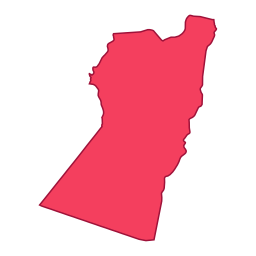 the Province of Nimroz
{"feature_id": "AFG-1751", "entity_name": "Nimroz", "entity_type": "Province", "adm_level": 1, "iso_a3": "AFG", "parent_name": "Afghanistan", "parent_adm1": "", "projection": "natural_earth1", "projection_center": [62.416, 30.83], "detail": "fine", "context": "isolated", "style": "filled", "palette": "rose", "viewbox_px": 256, "rotation_deg": 0, "n_neighbors": 0, "source": "natural_earth", "source_scale": "10m", "svg_char_len": 3250}
<svg xmlns="http://www.w3.org/2000/svg" viewBox="0 0 256 256"><path d="M39.6,205.0L43.4,200.3L48.3,194.2L58.4,181.5L63.8,174.8L67.5,170.1L74.6,161.3L79.9,154.6L87.3,145.1L95.6,134.7L100.9,127.9L102.0,126.7L101.9,126.3L101.8,126.2L101.9,124.7L102.1,124.2L102.4,124.0L102.2,118.5L101.9,117.6L103.2,115.0L103.6,113.4L103.6,111.8L103.3,110.2L102.5,107.7L101.4,105.1L101.2,104.3L101.1,102.0L100.6,100.2L98.9,97.2L98.2,95.6L98.2,94.0L98.7,90.6L98.2,89.2L95.9,86.1L94.6,85.0L93.0,84.3L89.4,83.8L89.7,83.1L90.3,81.5L90.8,80.8L90.8,80.2L90.7,79.7L90.5,79.1L90.6,78.7L90.9,78.0L90.9,77.7L91.0,77.4L90.9,77.3L90.8,77.2L90.7,77.1L90.3,76.7L89.9,76.1L89.4,74.5L89.3,73.9L89.4,73.6L89.5,73.6L89.8,73.9L90.0,74.2L90.2,74.8L90.3,74.8L90.6,74.5L90.7,74.3L90.9,74.3L91.0,74.4L91.0,74.5L91.3,74.9L91.4,75.0L91.9,75.0L92.5,74.7L93.5,73.7L93.8,73.0L93.9,72.2L93.8,71.7L93.6,71.3L93.2,70.6L93.1,70.4L92.9,69.3L92.9,68.2L93.0,67.6L93.3,67.2L93.6,67.1L94.0,67.1L95.7,67.2L96.5,66.9L97.1,66.6L99.2,63.7L102.1,57.8L103.7,56.0L104.7,55.1L106.7,52.8L107.6,51.7L108.0,50.8L108.1,50.4L108.1,50.0L108.1,49.5L107.9,48.2L107.4,46.5L107.4,46.1L107.5,45.6L107.7,44.6L108.2,43.9L108.8,43.4L112.8,41.2L113.7,40.3L114.0,39.7L114.0,39.0L113.6,37.1L113.5,35.9L113.2,35.4L113.2,35.0L113.2,34.7L113.3,34.4L113.3,34.2L113.6,33.7L140.5,31.9L147.7,29.7L148.5,29.7L149.8,29.7L151.9,30.1L152.7,30.4L153.4,30.7L153.8,31.1L156.6,34.4L161.5,40.1L162.1,40.5L163.0,40.9L164.3,40.0L164.8,39.7L170.7,37.3L171.3,37.2L174.9,37.2L178.4,36.2L179.4,35.7L181.8,34.0L183.0,32.8L183.9,31.7L184.5,30.7L184.9,29.9L185.2,29.0L185.3,28.1L185.4,22.2L185.6,21.3L186.2,19.5L186.6,18.6L187.2,17.7L188.6,16.1L189.2,15.7L189.8,15.4L190.2,15.4L190.6,15.4L193.6,16.2L200.2,16.6L212.3,19.6L213.8,19.6L214.1,22.3L214.4,23.5L214.4,24.2L214.4,24.6L214.5,24.9L215.0,25.7L215.2,26.1L215.2,26.5L215.2,26.9L215.3,27.3L215.5,27.6L216.4,28.6L216.4,29.1L216.2,29.7L215.2,30.9L214.3,32.0L214.1,32.3L214.1,33.0L214.6,34.8L214.5,35.7L214.1,36.8L211.8,41.8L210.8,43.4L210.1,44.2L207.4,46.5L206.0,50.8L202.6,76.5L202.5,84.9L201.8,86.3L200.4,88.2L200.2,89.5L201.1,92.4L201.9,93.7L202.2,94.2L202.4,94.8L202.4,95.7L202.1,102.7L202.1,103.4L202.0,104.6L200.8,106.2L199.4,106.7L198.7,107.2L198.2,107.9L195.6,113.4L194.9,114.9L194.4,115.7L193.2,116.8L192.4,117.4L189.9,118.6L189.0,119.6L189.2,122.5L189.3,127.9L189.9,131.7L189.9,132.5L189.7,133.0L189.2,133.5L188.0,134.2L187.3,134.7L186.7,135.4L184.5,138.5L183.9,139.1L183.5,139.8L183.5,140.4L183.9,141.2L184.4,141.7L185.3,142.3L185.4,142.7L185.3,143.1L183.8,145.5L183.9,146.9L184.1,147.4L184.5,148.1L185.4,149.2L185.7,149.8L186.0,150.4L186.2,151.0L186.1,151.8L185.8,152.7L184.8,153.8L181.4,156.4L180.5,157.6L179.8,159.1L179.0,161.5L177.4,164.8L174.6,169.3L172.7,171.9L170.0,174.6L167.8,176.0L167.3,176.1L166.6,176.2L166.0,176.4L165.5,176.6L165.1,177.0L164.7,177.5L164.5,178.3L164.6,182.3L164.2,188.0L163.9,189.1L163.5,190.1L161.8,192.5L161.5,193.2L161.5,193.9L161.8,197.6L161.7,201.1L154.0,239.8L145.9,240.6L139.2,239.3L133.0,237.2L127.5,235.3L122.1,233.5L116.7,231.6L111.3,229.8L105.9,227.9L100.4,226.1L95.0,224.2L89.6,222.4L84.2,220.5L78.8,218.7L73.4,216.8L67.9,215.0L62.5,213.1L57.1,211.3L51.7,209.4L46.3,207.6L41.6,206.0L39.6,205.0Z" fill="#f43f5e" stroke="#9f1239" stroke-width="1.5"/></svg>